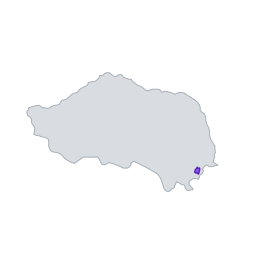 Szombathely highlighted on a map of Hungary, rotated 210°
{"feature_id": "HUN-4903", "entity_name": "Szombathely", "entity_type": "Urban county", "adm_level": 1, "iso_a3": "HUN", "parent_name": "Hungary", "parent_adm1": "", "projection": "mercator", "projection_center": [16.615, 47.219], "detail": "fine", "context": "in_parent", "style": "filled", "palette": "violet", "viewbox_px": 256, "rotation_deg": 210, "n_neighbors": 0, "source": "natural_earth", "source_scale": "10m", "svg_char_len": 2840}
<svg xmlns="http://www.w3.org/2000/svg" viewBox="0 0 256 256"><g transform="rotate(210 128 128)"><path d="M203.2,75.9L205.9,75.5L206.0,75.6L206.6,75.8L207.1,77.8L207.8,79.2L208.4,80.9L209.4,82.2L211.4,82.8L214.2,84.4L215.9,87.4L218.6,88.7L218.8,88.7L219.3,88.6L221.2,88.5L221.6,89.1L223.2,90.6L223.8,91.9L223.4,93.3L223.7,94.8L224.3,95.4L223.6,96.4L218.6,101.6L216.7,103.0L215.4,103.3L213.4,102.8L211.3,103.2L209.4,104.3L207.7,104.6L206.4,106.0L204.7,108.8L202.6,111.2L200.5,112.7L199.4,114.0L199.3,118.6L198.1,119.9L196.5,121.3L195.7,122.4L193.3,129.4L191.5,131.6L189.8,133.3L189.5,134.9L189.5,136.7L187.6,140.2L185.1,143.9L184.6,145.4L185.1,147.4L182.7,149.8L181.3,150.9L180.1,151.4L179.4,152.9L178.2,156.4L178.5,158.0L178.5,159.5L176.5,160.3L175.9,161.9L175.3,163.9L174.5,164.8L172.1,166.5L166.4,165.8L164.2,166.3L163.6,167.5L163.4,168.4L162.7,169.3L161.4,170.4L160.0,170.9L157.1,169.6L150.6,171.0L149.5,172.0L148.6,171.3L147.2,170.6L140.8,169.8L138.2,170.4L134.8,170.2L131.7,169.5L129.3,170.1L127.2,172.8L126.2,173.8L125.4,174.4L123.6,175.2L122.1,176.3L120.2,177.0L118.4,176.9L116.7,175.7L116.1,176.0L115.6,177.1L114.7,178.1L112.2,179.2L111.5,179.2L111.4,179.2L109.5,180.0L106.3,180.5L104.8,180.2L101.9,184.0L101.0,184.7L98.3,185.9L96.0,186.5L94.1,186.0L93.3,186.0L84.8,185.8L80.4,185.0L77.5,183.5L75.6,181.8L74.7,179.9L72.5,178.8L69.0,178.4L66.3,176.6L64.3,173.3L61.7,170.7L58.4,168.7L55.7,166.0L53.8,162.5L50.3,159.3L45.2,156.5L43.7,155.9L43.4,155.0L40.9,151.5L39.9,150.2L40.0,148.4L39.5,147.4L38.6,146.7L38.1,144.2L37.8,142.3L37.1,141.1L31.7,140.8L36.2,136.3L38.5,135.1L41.1,135.3L41.9,134.9L42.2,134.2L42.6,132.7L42.8,131.4L43.0,130.0L42.8,129.3L41.5,129.1L40.9,125.8L41.5,124.6L42.2,123.8L41.4,119.8L41.6,118.5L43.7,118.3L45.4,117.4L46.7,116.4L47.1,115.2L48.3,112.7L47.2,109.7L41.3,107.7L41.0,106.9L42.4,106.0L43.9,104.8L44.7,103.8L45.8,103.7L47.4,104.2L50.3,106.4L51.4,106.7L52.4,106.1L53.5,105.9L56.7,106.0L59.3,105.5L58.7,103.1L58.8,101.4L58.3,100.0L58.6,98.5L59.7,97.3L60.0,94.7L61.6,92.9L62.4,92.6L65.3,92.9L66.0,93.4L66.5,93.5L71.1,97.9L75.5,101.2L79.1,102.9L84.4,103.0L90.0,103.1L99.4,102.6L106.4,102.1L106.9,101.3L107.9,99.4L107.1,97.7L107.1,95.7L108.3,93.1L111.8,91.0L121.8,90.0L127.5,88.4L128.4,86.2L130.3,84.1L132.0,83.6L134.4,84.6L137.2,86.5L139.7,87.6L141.2,86.9L146.3,83.7L152.1,80.6L156.1,72.0L156.5,70.7L160.9,69.7L167.2,69.9L170.5,71.0L172.9,71.6L176.6,71.4L181.9,69.5L183.8,69.6L185.3,70.9L187.0,72.0L188.1,73.4L189.0,75.3L189.4,76.0L190.2,77.0L191.5,78.4L192.8,78.7L202.6,76.4L203.2,75.9Z" fill="#d9dde1" stroke="#a8b0b8" stroke-width="1"/><path d="M47.0,123.0L47.8,123.2L48.2,123.2L48.8,125.2L48.6,126.3L48.4,127.2L48.4,128.5L47.6,128.3L46.9,128.2L46.1,129.0L45.3,128.3L44.7,126.4L44.3,124.9L44.0,123.9L44.1,123.4L44.9,123.4L45.2,123.7L47.0,123.0Z" fill="#8b5cf6" stroke="#5b21b6" stroke-width="1.5"/></g></svg>